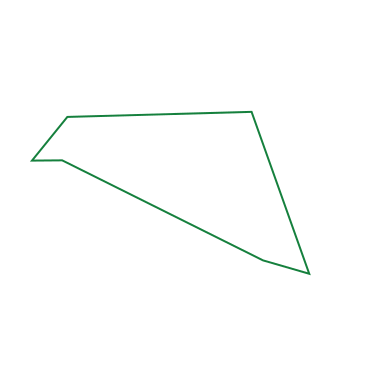 Razkrižje, Albers equal-area conic projection, rotated 48°
{"feature_id": "SVN-269", "entity_name": "Razkrižje", "entity_type": "Municipality", "adm_level": 1, "iso_a3": "SVN", "parent_name": "Slovenia", "parent_adm1": "", "projection": "albers", "projection_center": [16.278, 46.524], "detail": "fine", "context": "isolated", "style": "outline", "palette": "green", "viewbox_px": 384, "rotation_deg": 48, "n_neighbors": 0, "source": "natural_earth", "source_scale": "10m", "svg_char_len": 256}
<svg xmlns="http://www.w3.org/2000/svg" viewBox="0 0 384 384"><g transform="rotate(48 192 192)"><path d="M331.2,159.6L290.3,185.0L81.6,267.3L61.6,289.9L60.7,284.3L52.8,234.4L172.3,94.1L331.2,159.6Z" fill="none" stroke="#15803d" stroke-width="2"/></g></svg>